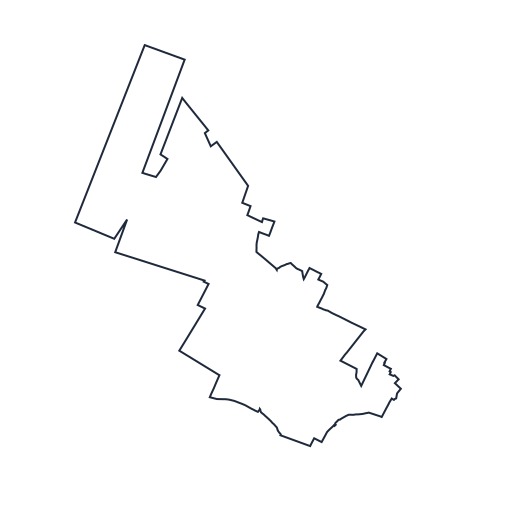 the district of Halachó, Yucatán, Mexico, rotated 20°
{"feature_id": "50627088B14474633080003", "entity_name": "Halachó", "entity_type": "district", "adm_level": 2, "iso_a3": "MEX", "parent_name": "Mexico", "parent_adm1": "Yucatán", "projection": "orthographic", "projection_center": [-90.126, 20.586], "detail": "fine", "context": "isolated", "style": "outline", "palette": "slate", "viewbox_px": 512, "rotation_deg": 20, "n_neighbors": 0, "source": "geoboundaries", "source_scale": "gbopen_adm2", "svg_char_len": 4325}
<svg xmlns="http://www.w3.org/2000/svg" viewBox="0 0 512 512"><g transform="rotate(20 256 256)"><path d="M430.5,354.7L431.3,349.4L431.2,349.1L432.3,343.5L433.1,343.7L433.3,343.8L434.8,344.0L435.1,343.1L436.4,341.9L435.6,337.0L435.7,336.4L437.5,331.2L430.0,328.0L432.2,323.1L427.1,320.7L426.1,321.7L422.1,321.5L422.2,320.7L422.3,319.0L421.5,318.8L421.4,318.8L421.0,318.7L421.3,315.9L421.2,315.9L413.4,314.8L413.6,312.5L413.1,312.4L413.8,308.2L403.2,306.0L402.0,315.5L401.9,315.5L401.7,317.4L401.6,318.5L401.4,320.8L399.3,342.1L397.3,340.2L394.6,337.6L393.1,337.0L391.8,336.1L390.7,333.6L390.3,331.0L389.2,327.7L386.7,327.4L371.5,325.5L371.3,325.4L371.2,325.4L373.4,318.1L374.4,315.6L382.5,291.0L382.8,290.1L384.0,287.5L368.6,286.0L354.5,284.3L353.9,284.2L353.7,284.2L352.7,284.2L351.8,284.1L349.7,283.9L348.3,283.8L347.8,283.7L346.0,283.5L345.6,283.4L345.2,283.3L344.6,283.2L343.9,283.1L342.8,282.9L342.2,282.8L341.8,282.8L341.2,282.9L340.6,283.1L340.1,283.1L339.4,283.0L338.9,283.1L337.5,283.1L336.5,283.0L335.9,282.9L333.7,282.9L333.3,282.8L333.1,282.8L332.7,282.9L331.1,282.8L330.9,282.8L330.9,282.6L330.9,281.7L331.2,279.8L331.4,278.4L331.5,278.2L331.6,276.9L331.6,276.7L332.2,272.7L332.4,270.9L332.6,269.1L332.7,268.9L332.7,264.4L333.0,262.1L332.9,258.9L330.8,258.2L328.2,257.2L327.5,257.1L325.6,257.0L325.4,257.0L323.6,256.9L322.6,256.8L322.7,255.9L323.0,254.1L323.2,252.3L323.4,250.5L320.7,250.2L320.3,250.2L317.6,249.9L314.7,249.5L312.9,249.3L311.2,249.1L310.4,249.0L310.3,249.8L310.2,250.7L310.0,251.6L309.9,252.5L309.8,253.4L309.7,254.3L309.6,255.2L309.5,256.1L309.4,257.0L309.3,257.8L309.2,258.7L309.1,259.6L308.8,261.4L308.5,261.0L308.2,260.5L307.7,259.8L307.6,259.7L307.4,259.4L306.4,257.7L305.9,256.9L305.8,256.7L305.5,256.1L305.4,255.9L304.8,254.9L304.6,254.4L304.0,254.3L303.8,254.3L303.2,254.2L302.7,254.2L301.7,254.1L301.3,254.0L300.9,254.0L300.0,254.0L299.7,254.0L299.2,253.9L298.8,253.9L298.4,253.8L297.2,253.4L296.2,252.9L295.6,252.6L295.4,252.6L294.9,252.4L294.7,252.3L294.2,252.1L293.8,251.9L292.8,251.6L291.7,251.0L291.0,250.7L290.0,251.4L289.4,251.8L288.5,252.6L288.3,252.7L287.7,253.0L286.7,254.1L286.5,254.3L284.8,255.8L284.6,256.0L284.4,256.1L283.9,256.5L282.8,257.6L282.4,258.1L282.1,258.7L281.8,259.2L280.1,260.8L280.3,262.0L279.6,261.5L279.2,261.0L278.7,260.7L262.0,254.5L260.0,253.8L259.1,253.5L258.2,253.2L257.4,252.9L256.5,252.6L255.7,252.3L255.0,252.0L254.2,249.6L253.7,248.1L253.1,246.5L252.6,245.1L252.1,243.1L251.7,240.2L251.1,236.5L250.7,234.9L250.6,232.4L253.3,232.5L256.6,232.5L259.3,232.5L261.3,232.6L261.4,229.4L261.4,226.8L261.4,223.4L261.5,219.9L261.5,218.6L261.5,217.3L258.5,217.5L256.8,217.6L255.9,217.7L255.0,217.8L254.2,217.8L253.3,217.9L252.4,218.0L251.5,218.0L250.7,218.1L249.8,218.2L249.8,220.0L250.0,221.3L250.0,221.7L250.0,222.1L233.9,220.6L233.9,216.0L233.8,211.0L227.5,210.8L224.9,210.7L224.6,192.8L180.1,162.2L176.0,168.4L165.9,158.0L168.2,154.3L140.2,137.4L135.8,134.7L132.6,132.7L131.5,193.2L139.6,195.1L137.2,208.4L135.0,216.0L124.2,216.6L120.8,216.7L121.8,95.9L79.3,95.9L74.5,286.4L116.9,288.3L122.4,265.8L122.4,300.6L216.0,296.7L215.7,298.0L215.9,298.0L221.0,298.5L218.0,322.0L226.1,322.8L218.8,359.1L216.3,371.2L261.7,380.4L262.4,380.5L262.3,382.3L261.9,388.4L261.6,394.7L261.1,400.4L260.9,404.5L268.2,403.8L276.7,400.9L279.7,400.2L285.0,399.6L286.8,399.6L290.8,399.7L292.7,399.7L295.0,399.8L296.8,399.9L299.4,400.3L304.2,401.1L305.5,401.2L308.3,401.6L308.8,401.6L309.4,401.7L310.1,401.7L311.1,401.8L312.0,399.0L311.9,398.4L312.4,398.7L313.1,399.9L314.1,401.1L315.3,401.6L317.3,402.2L319.3,403.1L321.4,403.9L322.5,404.4L323.7,404.8L324.8,405.4L325.4,405.6L326.5,406.1L326.7,406.3L327.3,406.5L327.7,406.8L328.6,407.3L330.3,407.9L332.3,409.0L333.2,409.5L334.1,409.9L335.2,411.2L335.6,411.9L335.9,412.2L336.2,412.3L336.6,412.9L338.4,414.1L338.9,414.3L339.0,414.4L340.0,414.9L340.2,415.1L340.5,415.6L340.4,416.1L371.9,416.1L372.2,413.2L373.0,407.4L381.3,408.4L382.2,402.5L383.0,397.0L384.3,394.1L386.5,389.8L387.0,388.6L387.7,388.9L388.2,387.9L388.3,388.0L388.6,387.4L387.7,387.0L387.8,385.5L388.4,384.4L389.6,381.7L390.9,381.0L391.2,380.5L391.5,380.0L395.6,375.2L397.5,373.4L401.9,371.9L404.0,370.7L406.6,369.7L410.1,368.0L413.1,366.1L414.5,365.3L415.5,364.6L427.4,364.2L427.5,364.2L429.2,364.3L430.5,354.7Z" fill="none" stroke="#1e293b" stroke-width="2"/></g></svg>